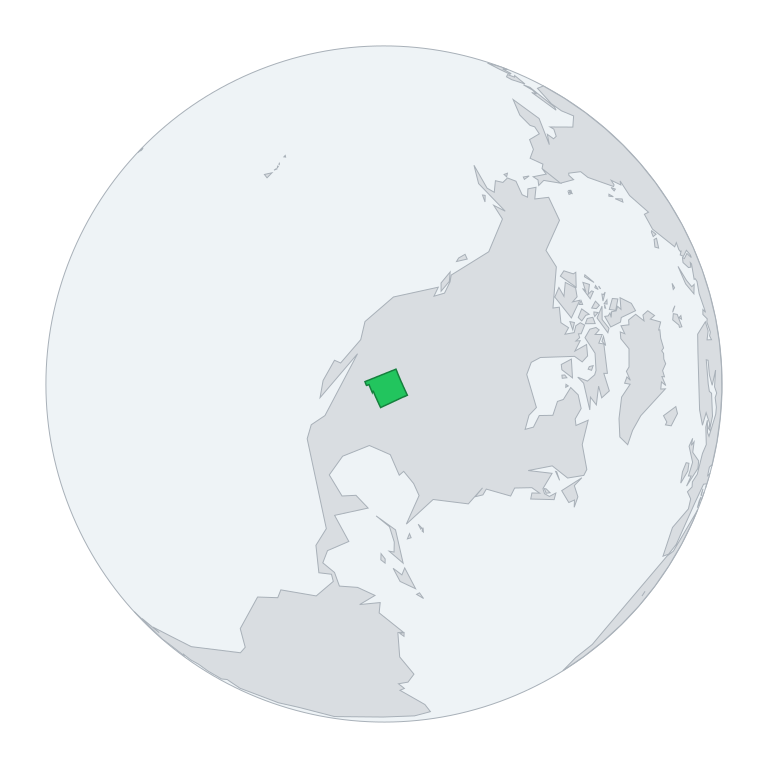 New Mexico highlighted on a globe, orthographic projection, rotated 67°
{"feature_id": "USA-3524", "entity_name": "New Mexico", "entity_type": "State", "adm_level": 1, "iso_a3": "USA", "parent_name": "United States of America", "parent_adm1": "", "projection": "orthographic", "projection_center": [-107.139, 34.164], "detail": "fine", "context": "on_globe", "style": "filled", "palette": "green", "viewbox_px": 768, "rotation_deg": 67, "n_neighbors": 0, "source": "natural_earth", "source_scale": "10m", "svg_char_len": 11606}
<svg xmlns="http://www.w3.org/2000/svg" viewBox="0 0 768 768"><g transform="rotate(67 384 384)"><circle cx="384" cy="384" r="338" fill="#eef3f6" stroke="#a8b0b8"/><path d="M73.7,515.1L74.5,517.3L73.7,515.1ZM495.9,702.8L500.7,700.8L509.7,696.9L505.2,698.4L525.1,688.1L517.4,691.7L532.8,678.9L550.5,664.0L575.3,621.2L572.1,614.6L553.0,611.9L530.7,583.6L539.2,565.3L533.2,559.4L552.6,529.2L545.9,507.8L538.6,506.7L532.3,517.7L505.9,509.7L494.6,493.6L404.4,476.1L393.1,466.9L390.0,450.7L345.8,396.5L371.6,448.2L357.0,438.7L342.8,420.3L347.7,415.7L334.1,388.1L319.1,377.1L307.6,341.3L316.1,296.2L322.7,303.7L324.0,292.8L315.7,283.2L310.0,279.6L303.2,235.9L278.4,210.5L262.4,213.2L272.3,204.9L236.5,218.6L217.8,215.7L244.0,212.6L250.6,207.6L240.4,202.0L244.9,195.8L242.6,189.8L248.9,183.3L263.7,182.9L268.1,178.9L260.6,175.3L262.3,167.2L272.6,172.9L276.5,159.5L301.9,158.5L324.3,182.7L343.5,179.6L380.1,198.8L381.8,192.6L396.7,197.2L404.3,192.1L408.9,198.0L411.0,188.9L405.3,184.6L404.3,179.4L408.2,176.3L414.8,182.9L413.8,185.4L417.8,185.8L419.4,190.6L420.8,186.5L428.3,195.4L426.8,182.1L437.7,185.6L441.1,192.9L433.0,197.8L420.7,229.7L421.6,240.0L431.0,248.9L465.2,252.9L469.4,262.7L480.9,271.8L482.1,263.3L473.7,253.4L478.8,240.8L467.8,231.1L468.3,224.9L460.2,213.5L469.8,209.5L483.6,212.1L490.9,221.7L497.2,223.5L497.1,210.2L517.2,225.2L541.9,230.7L546.2,235.8L542.3,251.7L525.1,261.1L520.0,285.1L531.9,264.2L542.4,278.6L547.7,279.1L552.1,275.7L551.5,268.4L556.9,272.6L547.2,293.9L542.1,290.4L545.3,283.4L537.2,288.4L530.8,304.4L536.6,311.2L520.7,330.9L524.7,336.3L523.4,344.1L518.1,333.9L527.3,353.2L509.5,383.9L521.7,418.2L500.4,395.3L487.2,395.6L472.1,400.0L473.9,405.6L451.5,405.8L434.9,421.5L434.3,450.3L446.3,469.9L470.7,466.4L475.5,453.3L492.0,447.1L485.6,480.8L515.2,477.9L515.3,501.1L524.7,510.2L538.2,503.2L552.6,504.0L560.9,487.8L575.1,474.9L577.5,492.6L583.7,472.9L592.8,477.9L619.8,463.3L618.3,468.4L641.4,476.2L662.8,469.8L667.8,478.4L665.6,487.8L672.2,484.2L672.2,489.0L695.0,471.6L703.7,469.3L701.4,485.6L690.2,515.0L670.8,559.5L648.1,589.1L636.1,605.8L607.7,635.5L594.7,643.9L592.1,648.7L579.6,658.1L569.5,664.2L562.3,669.8L554.6,674.0L555.9,674.2L535.6,685.6L532.6,687.5L495.9,702.8ZM144.4,412.2L145.8,404.6L148.5,411.1L144.4,412.2ZM144.2,398.8L144.2,401.7L143.7,399.1L144.2,398.8ZM142.3,396.2L143.7,398.1L141.8,396.7L142.3,396.2ZM139.4,393.7L141.1,394.7L140.8,394.9L139.4,393.7ZM522.8,430.4L556.4,436.4L539.9,444.6L542.6,440.4L533.5,436.3L517.5,434.7L502.3,442.8L522.8,430.4ZM135.8,387.4L135.0,385.6L136.7,385.9L135.8,387.4ZM532.0,406.9L526.4,407.3L531.5,405.4L532.0,406.9ZM306.7,279.3L315.1,283.8L320.9,295.2L313.3,292.0L306.7,279.3ZM296.3,258.7L301.5,258.6L299.6,269.4L297.2,266.1L296.3,258.7ZM249.9,217.2L255.9,219.9L248.5,219.5L249.9,217.2ZM241.2,190.2L238.0,191.6L238.2,188.0L241.2,190.2ZM455.4,216.6L457.8,215.1L458.1,218.0L455.4,216.6ZM449.7,213.2L448.4,217.7L445.4,216.8L446.3,214.1L449.7,213.2ZM247.9,174.9L249.2,169.1L250.5,174.8L247.9,174.9ZM452.0,208.1L440.4,214.7L435.3,213.2L434.3,201.8L452.0,208.1ZM251.5,165.7L254.2,152.7L247.4,154.3L268.1,143.1L259.0,157.4L261.7,164.0L256.3,162.5L251.5,165.7ZM401.8,184.7L408.0,189.1L399.2,188.5L401.8,184.7ZM396.4,185.7L370.7,192.8L363.5,185.3L373.6,184.1L361.3,177.4L370.4,170.1L379.2,172.2L382.1,178.3L383.4,171.0L396.4,185.7ZM279.1,139.4L281.9,136.6L281.8,139.6L279.1,139.4ZM403.2,177.3L398.7,179.2L392.1,172.7L400.0,167.9L399.6,171.4L403.2,177.3ZM353.6,179.5L350.1,174.2L356.6,166.7L356.1,163.8L370.0,169.3L353.6,179.5ZM403.1,171.3L404.2,165.7L410.9,166.0L407.2,175.1L403.1,171.3ZM387.1,173.2L384.3,170.0L388.4,170.1L387.1,173.2ZM435.2,164.9L429.9,166.7L426.0,163.4L435.2,164.9ZM404.2,163.6L401.9,163.5L399.7,162.6L401.8,159.1L404.2,163.6ZM373.6,163.9L377.0,162.1L368.2,161.2L372.6,156.0L381.1,160.9L379.4,156.6L380.7,155.1L386.1,160.9L373.6,163.9ZM397.5,152.9L409.9,158.0L420.6,155.1L424.3,157.9L406.5,162.1L397.5,152.9ZM390.4,157.0L395.7,155.0L397.6,159.1L395.2,163.1L390.4,157.0ZM372.6,151.0L363.6,157.6L362.0,156.4L372.6,151.0ZM400.3,151.1L397.2,150.0L400.8,150.4L400.3,151.1ZM380.7,149.9L377.7,152.3L376.0,150.8L380.7,149.9ZM393.6,145.9L397.6,147.4L396.1,150.0L393.6,145.9ZM387.4,147.0L385.8,144.5L393.2,150.0L386.3,148.3L387.4,147.0ZM379.6,148.1L377.6,148.1L381.1,147.4L379.6,148.1ZM397.1,135.5L406.7,141.9L403.4,147.5L394.5,140.4L397.1,135.5ZM717.8,331.5L710.8,314.5L705.1,294.0L697.6,279.3L653.0,190.7L650.9,182.9L624.1,146.7L622.1,144.3L631.3,153.7L647.7,172.7L662.6,192.8L676.1,214.0L687.9,236.1L698.0,259.1L706.4,282.7L713.0,306.9L717.8,331.5ZM587.6,114.3L586.3,113.3L587.7,117.0L594.8,121.9L594.0,119.3L595.0,120.1L597.2,121.8L602.1,125.9L605.1,128.4L602.0,125.9L601.1,129.0L615.6,145.1L645.8,177.6L651.8,188.5L651.5,194.5L628.8,174.5L617.9,152.6L609.6,146.6L601.8,146.8L599.1,140.6L594.6,138.4L589.5,130.9L572.4,118.0L565.7,111.0L549.4,104.6L543.7,100.5L555.0,105.2L559.2,105.3L541.4,90.4L535.2,87.1L526.0,84.5L522.3,81.3L515.7,80.8L500.7,73.3L513.4,82.4L503.0,81.0L488.8,76.4L487.6,77.9L510.8,85.6L517.9,87.4L520.5,86.1L542.0,94.2L550.2,99.9L536.3,98.7L546.4,107.0L531.1,103.6L477.9,82.8L460.7,75.8L452.3,63.9L461.8,64.9L469.6,69.4L471.2,65.2L466.9,65.5L463.7,63.3L453.0,62.6L450.3,61.0L444.6,63.3L440.1,61.4L443.7,60.0L424.0,58.6L412.0,55.8L408.8,56.3L408.8,57.6L393.6,54.0L391.9,54.6L396.3,55.9L395.8,58.2L389.0,61.3L384.1,59.8L385.9,58.5L382.2,54.2L387.7,51.7L385.0,51.6L379.1,53.4L383.5,58.5L380.9,60.9L377.3,58.2L378.4,59.3L375.5,60.1L368.1,59.7L371.3,62.8L346.4,76.3L329.5,78.0L329.2,73.4L306.5,84.3L289.3,87.3L293.3,88.2L285.2,95.3L290.5,94.4L291.9,95.5L273.5,115.6L265.4,120.0L262.1,131.6L264.1,132.3L270.0,129.6L268.1,143.1L247.4,154.3L243.7,151.8L233.3,161.3L226.4,154.8L215.9,154.5L214.4,143.3L206.2,144.8L203.0,148.5L189.5,153.9L172.6,154.0L200.2,137.5L228.3,138.3L218.0,136.1L224.5,132.1L223.3,128.7L215.7,128.1L212.3,130.7L221.3,109.8L211.3,104.7L201.9,113.9L191.4,120.4L171.8,127.2L171.9,120.9L191.8,106.1L212.8,92.7L234.7,80.9L257.4,70.7L280.8,62.2L304.7,55.5L329.1,50.6L353.8,47.4L378.6,46.1L403.5,46.6L428.2,49.0L452.8,53.1L476.9,59.1L500.6,66.8L523.6,76.3L545.8,87.4L567.2,100.1L587.6,114.3ZM676.8,224.7L680.0,229.4L676.8,224.7ZM620.6,462.6L624.1,464.2L620.0,466.7L620.6,462.6ZM539.0,453.0L545.5,451.3L549.3,453.0L544.6,455.6L539.0,453.0ZM590.1,432.9L596.9,431.4L590.4,436.2L590.1,432.9ZM561.4,436.8L584.8,434.9L572.1,446.3L557.2,447.6L566.7,442.1L561.4,436.8ZM531.7,419.0L536.1,419.1L535.7,423.0L531.7,419.0ZM535.7,405.6L534.2,406.4L531.5,404.2L535.7,405.6ZM542.9,277.3L543.9,275.7L549.0,273.6L547.9,277.4L542.9,277.3ZM563.6,249.6L571.8,257.1L565.2,254.0L565.3,260.2L551.6,262.1L547.6,238.5L551.9,248.5L563.6,249.6ZM532.2,259.3L541.3,260.0L531.5,260.2L532.2,259.3ZM574.5,136.6L576.1,134.3L582.8,138.3L591.2,149.6L581.5,143.6L574.5,136.6ZM576.6,130.5L560.5,127.5L554.6,121.1L560.6,125.0L558.3,121.1L567.5,126.5L577.7,124.4L584.3,128.0L596.2,145.4L588.7,137.3L587.6,139.7L576.6,130.5ZM529.5,138.5L522.4,139.1L518.8,124.2L525.9,125.4L534.7,136.0L531.6,140.9L529.5,138.5ZM452.5,187.6L450.1,190.3L448.2,188.2L448.8,184.3L452.5,187.6ZM433.1,166.0L461.5,174.2L460.1,177.5L478.4,179.3L481.8,189.0L469.8,187.3L486.2,196.7L476.8,199.1L488.3,204.7L461.2,199.9L453.4,203.0L460.8,195.6L457.9,186.5L454.3,183.5L438.1,177.7L419.9,180.9L414.0,173.1L414.8,166.8L418.3,164.8L420.9,170.3L423.7,163.8L430.3,170.3L433.1,166.0ZM426.7,108.2L428.3,113.5L435.0,105.1L441.6,110.1L441.9,108.9L449.9,111.4L460.1,112.6L461.9,115.4L465.1,114.7L470.4,116.7L475.4,116.8L480.5,122.3L487.0,123.0L485.7,125.3L495.5,125.2L490.5,127.8L496.8,131.2L498.4,126.9L513.5,160.0L523.8,173.3L535.1,183.4L524.9,187.6L507.7,181.2L488.9,170.4L480.4,157.5L477.3,162.2L472.4,157.6L476.9,155.8L467.0,155.9L464.1,151.8L447.3,144.7L434.8,148.3L428.4,146.2L431.8,142.7L423.0,143.1L425.2,135.4L420.6,133.8L418.2,125.1L427.5,120.0L421.7,118.7L419.6,112.6L426.7,108.2ZM396.8,133.0L406.4,124.8L414.8,123.8L415.5,139.6L419.4,142.1L420.1,153.0L408.0,154.4L408.9,151.1L406.9,148.2L411.5,148.9L406.4,146.3L407.4,141.7L403.8,138.6L407.9,136.7L396.8,133.0ZM614.1,136.5L614.9,137.4L612.4,135.0L608.6,131.5L614.1,136.5ZM614.7,139.5L611.8,136.4L617.8,141.0L620.3,143.9L614.7,139.5ZM605.1,131.3L611.2,135.9L609.4,135.1L605.1,131.3ZM551.7,102.6L548.0,99.8L549.6,100.0L554.0,102.1L551.7,102.6ZM447.7,87.4L447.3,89.9L445.0,89.5L437.8,93.2L432.3,90.2L434.5,86.9L447.7,87.4ZM440.6,84.8L438.2,86.5L437.0,84.0L440.6,84.8ZM428.0,88.3L425.6,85.6L430.8,90.3L428.0,88.3ZM390.6,67.4L406.7,65.1L414.7,62.7L413.5,59.6L422.1,63.5L409.8,67.2L390.6,67.4ZM352.4,75.1L353.5,78.6L348.5,78.5L347.5,77.7L352.4,75.1ZM356.3,76.2L366.2,78.1L363.8,81.1L356.5,78.9L356.3,76.2ZM403.9,79.5L409.0,78.9L410.0,80.8L403.9,79.5ZM72.2,513.8L74.9,519.9L73.2,516.4L72.2,513.8ZM74.5,517.3L72.4,513.4L73.7,515.1L74.5,517.3ZM143.2,146.9L139.4,151.0L142.7,148.0L140.4,151.7L147.7,145.9L148.1,147.0L139.4,154.7L128.9,163.4L137.9,152.4L138.1,152.2L143.2,146.9ZM151.1,143.2L162.9,137.0L153.7,147.6L149.1,151.2L147.5,149.4L152.5,143.9L151.1,143.2ZM163.1,138.8L168.0,133.7L195.7,118.8L199.2,118.6L173.3,134.1L176.6,130.3L171.4,132.5L163.1,138.8ZM278.7,136.3L281.6,136.5L278.0,138.3L278.7,136.3ZM295.0,94.9L296.2,96.7L291.9,98.2L295.0,94.9ZM297.2,102.8L301.2,99.7L299.0,103.6L297.2,102.8ZM309.9,93.0L303.8,98.8L306.7,92.5L309.9,93.0Z" fill="#d9dde1" stroke="#a8b0b8" stroke-width="1"/><path d="M379.0,398.0L378.9,398.0L378.7,398.0L378.6,398.3L378.6,398.5L378.6,398.8L378.6,399.0L378.6,399.3L378.6,399.5L378.6,399.8L378.6,400.0L378.6,400.3L378.6,400.5L378.4,400.7L378.2,400.7L377.9,400.7L377.7,400.7L377.3,400.7L377.1,400.7L376.9,400.7L376.6,400.7L376.4,400.7L376.2,400.7L375.8,400.7L375.6,400.7L375.4,400.6L375.1,400.6L374.9,400.6L374.7,400.6L374.4,400.6L374.4,399.6L374.4,398.5L374.4,397.5L374.5,396.4L374.5,395.4L374.5,394.3L374.5,393.3L374.5,392.3L374.6,391.2L374.6,390.2L374.6,389.1L374.6,388.1L374.6,387.0L374.7,386.0L374.7,384.9L374.7,383.9L374.7,382.9L374.7,381.8L374.8,380.8L374.8,379.7L374.8,378.7L374.8,377.6L374.8,376.6L374.9,375.5L374.9,374.5L374.9,373.5L374.9,372.4L374.9,371.4L375.0,370.3L375.0,369.3L375.0,368.2L375.0,367.2L375.9,367.2L376.8,367.2L377.7,367.2L378.6,367.2L379.5,367.3L380.4,367.3L381.2,367.3L382.1,367.3L383.0,367.3L383.9,367.3L384.8,367.3L385.7,367.3L386.6,367.3L387.5,367.3L388.4,367.3L389.3,367.3L390.1,367.2L391.0,367.2L391.9,367.2L392.8,367.2L393.7,367.2L394.6,367.2L395.5,367.1L396.4,367.1L397.3,367.1L398.1,367.1L399.0,367.0L399.9,367.0L400.8,367.0L401.7,367.0L402.6,366.9L403.5,366.9L403.5,367.6L403.5,368.4L403.6,369.1L403.6,369.8L403.4,369.8L403.4,370.1L403.5,370.9L403.5,371.8L403.5,372.6L403.5,373.4L403.6,374.2L403.6,375.0L403.6,375.9L403.7,376.7L403.7,377.5L403.7,378.3L403.8,379.1L403.8,380.0L403.8,380.8L403.8,381.6L403.9,382.4L403.9,383.2L403.9,384.1L404.0,384.9L404.0,385.7L404.0,386.5L404.1,387.3L404.1,388.1L404.1,389.0L404.1,389.8L404.2,390.6L404.2,391.4L404.2,392.2L404.2,393.1L404.3,393.9L404.3,394.7L404.3,395.5L404.4,396.3L403.2,396.4L402.1,396.4L401.0,396.5L399.9,396.5L398.8,396.5L397.7,396.6L396.6,396.6L395.5,396.6L394.4,396.6L393.3,396.7L392.2,396.7L391.0,396.7L389.9,396.7L388.8,396.7L387.7,396.7L386.6,396.7L386.4,396.8L386.5,397.1L386.5,397.3L386.7,397.6L386.7,397.8L386.8,397.8L387.2,398.1L386.9,398.1L386.6,398.1L386.4,398.1L386.1,398.1L385.9,398.1L385.7,398.1L385.4,398.1L385.2,398.1L384.8,398.1L384.7,398.1L384.4,398.1L384.2,398.1L383.9,398.1L383.7,398.1L383.4,398.1L383.1,398.1L382.9,398.1L382.6,398.1L382.4,398.1L382.2,398.1L381.8,398.1L381.7,398.1L381.3,398.1L381.2,398.1L380.9,398.1L380.7,398.1L380.4,398.1L380.2,398.1L379.9,398.1L379.6,398.1L379.4,398.0L379.1,398.0L379.0,398.0Z" fill="#22c55e" stroke="#15803d" stroke-width="1.5"/></g></svg>